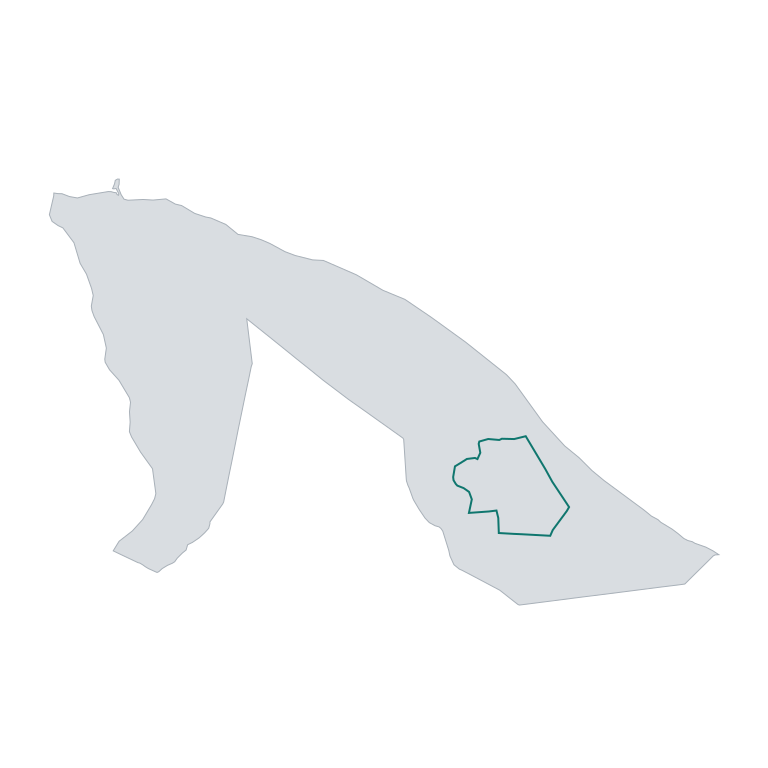 where Bay sits in Somalia, rotated 263°
{"feature_id": "SOM-2313", "entity_name": "Bay", "entity_type": "Region", "adm_level": 1, "iso_a3": "SOM", "parent_name": "Somalia", "parent_adm1": "", "projection": "mercator", "projection_center": [43.708, 2.69], "detail": "fine", "context": "in_parent", "style": "outline", "palette": "teal", "viewbox_px": 768, "rotation_deg": 263, "n_neighbors": 0, "source": "natural_earth", "source_scale": "10m", "svg_char_len": 2976}
<svg xmlns="http://www.w3.org/2000/svg" viewBox="0 0 768 768"><g transform="rotate(263 384 384)"><path d="M174.0,691.8L173.3,689.9L169.0,684.4L161.0,674.0L155.0,666.2L148.8,658.2L148.7,651.7L148.7,632.7L148.5,594.5L148.4,556.4L148.2,518.2L148.1,499.2L148.1,491.4L148.8,490.1L155.8,483.1L165.2,473.8L177.5,456.2L184.2,446.6L189.7,438.6L191.1,436.2L196.1,431.4L205.3,428.5L211.0,428.0L230.8,424.4L233.7,422.9L235.5,421.2L237.1,417.4L240.9,412.1L245.9,408.4L255.3,403.6L264.6,399.5L266.6,398.8L277.7,396.3L280.5,395.4L285.0,394.5L286.7,394.5L302.2,395.4L314.3,396.1L326.7,396.8L328.0,396.2L336.7,386.7L350.6,371.5L359.4,361.9L373.0,346.9L383.5,336.1L395.1,324.1L406.4,313.2L419.9,300.0L428.5,291.7L441.7,278.9L454.3,266.6L465.5,255.7L450.1,255.7L435.1,255.7L420.2,255.7L417.6,254.4L405.1,250.2L389.4,244.8L369.8,238.2L355.9,233.5L341.0,228.6L325.9,223.6L314.1,219.6L299.3,214.7L286.5,210.5L284.7,209.4L277.6,202.9L268.3,194.4L266.5,194.2L262.1,192.4L258.1,187.8L253.9,181.9L250.1,174.5L248.4,169.5L243.3,167.3L240.9,163.4L236.3,157.5L233.1,154.6L231.9,152.1L230.4,147.0L227.8,141.3L225.3,137.8L224.7,136.4L224.8,135.4L229.5,127.7L231.6,125.0L234.0,122.4L236.0,119.8L236.7,118.0L242.4,109.0L247.4,101.1L251.4,94.9L260.2,101.9L268.8,116.3L278.8,127.9L292.6,138.6L298.1,142.3L303.0,144.2L328.1,143.9L346.0,134.1L362.2,127.0L367.7,125.5L377.1,127.4L387.5,128.0L396.8,130.2L401.5,129.6L420.0,121.4L431.6,113.3L439.6,109.9L442.7,109.9L453.5,112.8L467.3,111.5L486.3,104.5L492.4,103.1L497.0,103.0L507.3,106.2L508.9,106.0L514.5,105.4L529.3,102.1L540.8,97.1L562.0,93.5L578.1,84.3L580.9,79.9L585.8,74.4L592.8,72.5L610.9,79.1L613.8,79.6L612.7,83.5L612.1,87.6L608.4,94.6L606.0,102.4L607.8,114.4L608.6,133.7L608.2,136.5L607.0,139.3L606.5,141.5L604.5,142.2L603.7,143.5L605.1,144.0L610.7,141.9L610.6,139.6L611.0,138.4L615.6,141.0L618.9,142.1L619.9,144.5L619.6,146.2L614.4,145.4L611.7,144.1L603.9,146.2L599.1,148.5L597.6,152.3L596.5,167.4L594.7,177.2L594.3,190.2L588.0,198.8L585.8,204.8L576.4,216.9L571.5,227.3L569.9,232.3L561.6,246.5L550.3,257.3L546.2,271.1L542.1,279.8L537.5,287.7L527.5,301.7L522.4,311.4L515.9,328.2L514.0,338.9L495.8,369.8L477.1,394.4L465.4,415.1L444.4,439.1L415.7,470.0L378.3,506.7L368.1,514.2L327.1,536.8L300.5,555.8L287.0,568.7L272.7,579.9L261.4,590.6L227.2,626.7L223.7,630.1L220.3,633.3L216.0,639.4L213.0,641.9L204.9,652.2L199.8,657.5L194.1,662.8L191.6,666.5L189.9,670.8L188.0,673.2L182.9,683.5L178.3,690.2L173.8,695.5L174.0,691.8Z" fill="#d9dde1" stroke="#a8b0b8" stroke-width="1"/><path d="M283.2,441.3L293.6,444.4L298.6,455.3L299.5,457.1L299.5,465.3L298.1,467.6L304.0,471.2L313.1,470.7L315.3,471.6L316.7,480.7L314.4,491.6L315.3,494.3L313.5,506.5L314.9,518.3L280.0,533.7L266.5,539.1L254.7,545.0L239.3,552.7L235.7,550.0L218.5,533.7L213.1,530.5L218.1,502.4L219.4,494.7L222.1,479.8L237.1,481.1L244.7,480.2L244.7,472.5L245.7,452.6L258.8,457.1L266.5,455.3L271.0,450.3L274.2,444.4L276.0,443.1L280.0,441.3L283.2,441.3Z" fill="none" stroke="#0f766e" stroke-width="2"/></g></svg>